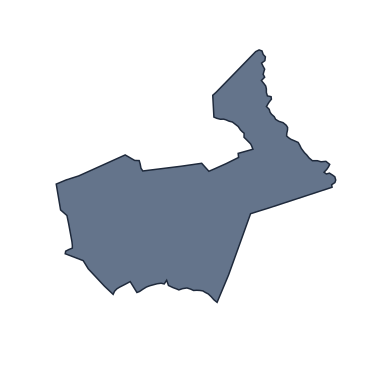 Capim Grosso, Bahia, Brazil (Natural Earth projection), rotated 71°
{"feature_id": "56859067B2798558104088", "entity_name": "Capim Grosso", "entity_type": "district", "adm_level": 2, "iso_a3": "BRA", "parent_name": "Brazil", "parent_adm1": "Bahia", "projection": "natural_earth1", "projection_center": [-40.008, -11.3], "detail": "fine", "context": "isolated", "style": "filled", "palette": "slate", "viewbox_px": 384, "rotation_deg": 71, "n_neighbors": 0, "source": "geoboundaries", "source_scale": "gbopen_adm2", "svg_char_len": 1875}
<svg xmlns="http://www.w3.org/2000/svg" viewBox="0 0 384 384"><g transform="rotate(71 192 192)"><path d="M79.5,82.3L80.0,86.1L105.6,136.8L107.3,140.9L128.3,146.9L130.4,144.6L132.5,141.4L133.4,138.4L134.8,136.4L137.1,133.9L139.0,131.0L141.6,129.3L145.1,127.0L149.0,126.0L151.3,124.9L153.4,123.6L157.2,125.0L160.8,123.2L163.3,122.0L165.6,120.9L167.9,120.6L171.4,120.5L170.5,135.8L174.5,136.7L176.3,150.6L177.4,162.8L177.9,169.3L168.0,173.5L164.1,193.9L156.1,231.7L152.9,232.5L148.8,231.9L145.1,231.7L143.5,235.9L135.2,243.1L139.9,293.9L139.6,307.0L140.3,317.8L166.2,322.1L173.5,317.9L182.1,319.0L199.9,321.7L203.4,322.5L206.1,323.4L206.3,327.3L206.8,330.7L209.1,332.0L221.5,317.2L230.9,315.1L252.6,305.4L263.1,299.9L260.6,297.5L259.1,294.6L258.4,291.5L258.0,288.7L257.4,284.6L256.6,279.6L269.1,276.8L269.0,274.0L267.9,270.0L267.0,266.0L266.9,262.4L267.4,254.9L268.2,250.9L269.9,248.2L267.2,244.7L269.8,244.7L272.7,244.7L276.2,241.1L278.5,238.3L280.3,236.3L280.3,232.4L281.1,228.0L283.3,225.0L285.6,222.6L286.4,219.7L287.6,216.7L289.0,214.0L291.3,212.1L293.7,209.8L297.1,208.0L301.0,206.4L304.5,204.2L282.3,184.4L255.3,162.7L231.6,143.7L231.7,140.1L231.8,135.3L232.1,125.4L233.1,58.0L230.6,57.6L229.6,53.8L227.5,52.2L224.1,52.0L221.9,53.5L218.9,55.9L218.7,59.1L216.3,60.7L214.5,57.2L212.6,54.7L210.7,52.8L206.6,55.4L205.4,60.2L203.2,63.3L201.6,68.0L197.9,70.2L194.2,71.5L191.6,72.8L189.2,73.6L186.3,74.5L182.8,74.9L179.7,75.5L176.8,78.6L174.3,81.4L172.1,83.0L169.9,84.3L167.4,83.3L164.5,81.5L162.1,80.6L159.5,81.2L156.1,83.3L153.4,86.9L150.5,89.3L147.6,89.7L144.4,91.5L142.1,92.2L138.9,92.1L135.4,93.8L132.3,90.1L130.1,86.7L127.6,86.2L125.7,89.4L122.2,89.3L118.7,88.1L115.8,87.8L112.9,88.7L109.2,90.1L107.1,85.9L103.9,86.4L101.8,85.0L99.5,83.3L96.0,83.9L92.8,84.3L91.5,80.3L88.1,78.6L85.2,79.9L81.4,79.9L79.5,82.3Z" fill="#64748b" stroke="#1e293b" stroke-width="1.5"/></g></svg>